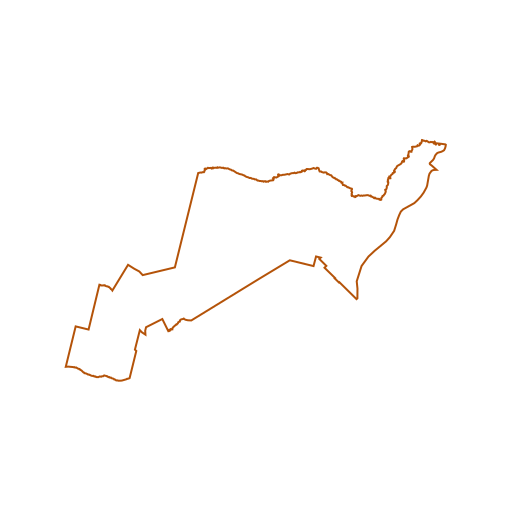 San Lorenzo, Santa Fe, Argentina, rotated 47°
{"feature_id": "61730980B18182396698532", "entity_name": "San Lorenzo", "entity_type": "district", "adm_level": 2, "iso_a3": "ARG", "parent_name": "Argentina", "parent_adm1": "Santa Fe", "projection": "orthographic", "projection_center": [-60.967, -32.936], "detail": "fine", "context": "isolated", "style": "outline", "palette": "amber", "viewbox_px": 512, "rotation_deg": 47, "n_neighbors": 0, "source": "geoboundaries", "source_scale": "gbopen_adm2", "svg_char_len": 6060}
<svg xmlns="http://www.w3.org/2000/svg" viewBox="0 0 512 512"><g transform="rotate(47 256 256)"><path d="M316.1,65.2L309.7,65.8L307.6,66.2L307.0,66.0L306.6,65.5L306.5,61.1L306.1,59.3L304.9,57.0L304.5,55.7L304.3,53.4L304.7,52.1L306.1,49.5L306.6,47.9L306.9,46.3L306.2,44.4L305.2,42.7L304.1,41.3L303.5,41.4L299.8,44.4L299.7,45.1L300.0,45.9L299.7,46.3L299.3,46.3L299.1,46.0L299.3,45.1L299.0,45.1L296.8,47.0L296.6,47.6L297.2,48.3L297.1,48.5L296.6,48.5L295.2,47.5L294.2,47.4L294.2,48.0L295.4,48.9L295.3,49.1L293.2,49.0L292.9,49.6L291.8,50.3L291.4,51.4L290.8,52.0L288.3,52.6L288.1,52.7L287.9,53.7L286.6,54.2L285.7,55.1L284.9,55.1L284.4,55.5L286.0,57.8L286.1,58.3L285.5,59.0L285.4,59.5L286.4,59.9L286.5,61.1L286.3,61.8L285.2,62.3L285.6,63.4L284.4,65.4L283.0,66.8L282.7,67.5L284.3,68.5L284.8,69.1L285.2,70.5L285.8,71.2L285.5,71.6L284.2,72.0L283.9,72.8L283.9,73.1L285.7,75.3L286.0,76.3L286.4,76.6L287.3,76.2L287.6,76.6L287.1,79.5L285.4,81.2L285.6,81.6L286.7,82.0L287.9,83.3L287.6,83.9L286.5,84.1L286.6,84.8L287.3,86.1L287.4,87.5L286.5,91.3L286.9,92.7L287.3,93.5L287.2,94.9L287.9,97.1L288.1,97.2L288.9,96.9L289.3,97.4L289.2,98.1L288.6,99.4L289.1,100.1L288.9,101.7L289.3,103.3L288.9,104.1L290.4,104.4L290.8,104.7L290.5,105.2L289.2,105.6L289.2,106.0L289.6,106.4L290.4,107.9L291.2,108.2L291.4,109.0L291.8,109.2L292.3,109.0L292.5,109.1L293.5,110.4L294.0,111.3L294.0,112.6L294.4,113.1L294.9,113.4L295.7,114.5L296.1,115.5L295.7,116.3L296.4,116.8L297.2,117.0L297.7,117.7L298.5,119.6L298.5,120.7L298.8,121.3L298.8,121.7L298.4,122.4L298.4,122.7L298.9,123.3L299.1,124.9L300.2,125.9L300.1,126.5L299.0,127.3L298.2,127.0L296.6,128.5L295.6,129.1L294.6,129.2L294.6,129.9L294.2,130.2L293.5,130.0L292.4,130.6L291.7,130.7L291.0,131.3L290.2,130.9L289.9,131.0L289.5,131.9L288.1,132.5L287.3,133.2L285.8,135.4L285.2,135.9L284.6,137.1L283.7,137.6L283.1,138.7L281.3,139.6L280.9,141.5L280.3,142.0L280.7,143.0L280.5,143.4L279.5,143.4L279.0,144.1L277.8,144.3L277.4,145.0L277.0,144.9L276.4,143.9L275.8,143.8L275.5,143.3L275.2,142.5L274.3,142.0L273.8,142.1L273.4,141.9L272.7,140.3L272.2,140.0L270.6,141.0L269.3,141.4L268.9,141.8L268.3,141.8L267.9,142.3L265.6,142.5L265.0,143.1L264.2,143.2L263.3,144.0L262.4,143.5L261.5,143.4L261.2,142.8L260.5,143.5L259.8,143.1L258.9,143.6L258.3,143.6L257.7,144.1L257.0,143.9L256.2,144.5L255.1,144.5L254.5,145.1L253.9,145.0L253.0,145.4L252.5,145.2L252.1,145.7L251.3,146.0L249.9,146.2L248.4,145.9L247.6,146.5L246.0,147.1L245.5,147.1L244.7,148.1L243.7,147.6L242.5,147.8L241.8,148.8L241.4,149.0L241.1,149.7L239.3,150.7L238.7,150.7L237.6,151.8L235.1,150.8L234.7,150.4L233.6,150.7L233.0,151.3L233.2,152.6L231.7,153.6L231.0,153.8L230.2,155.7L229.2,157.5L227.0,159.5L226.9,159.9L227.2,160.6L226.6,161.8L227.2,162.1L227.3,162.4L227.2,162.7L225.9,163.1L225.1,163.8L225.0,164.3L225.5,164.7L225.6,165.0L225.1,166.3L224.5,166.5L224.3,167.3L223.1,168.7L223.1,169.5L222.4,170.6L222.0,170.9L221.4,170.9L220.8,172.3L220.0,173.1L219.1,174.9L219.1,175.8L219.0,176.2L217.6,177.0L216.1,179.6L214.7,181.3L214.5,182.0L214.1,182.6L212.8,183.8L211.8,183.7L211.5,184.0L211.5,184.3L212.1,184.8L213.1,185.1L212.5,187.6L210.6,189.0L210.7,190.5L211.7,190.5L211.8,191.2L212.2,191.4L212.3,191.8L210.4,194.4L209.9,195.7L210.0,196.4L208.9,197.2L208.6,198.1L207.6,198.2L207.2,198.7L206.9,199.7L205.9,199.9L205.5,200.7L204.6,201.2L203.6,202.2L202.3,202.9L201.8,203.5L200.2,203.6L199.1,204.7L198.2,204.9L196.7,206.2L195.3,206.6L194.5,207.6L193.4,207.9L191.6,209.0L190.1,209.5L189.3,209.5L188.6,210.0L187.0,210.6L184.6,212.3L183.5,212.6L182.3,213.4L178.0,214.4L177.1,215.2L175.9,215.4L174.6,216.2L172.7,216.8L171.8,218.0L170.7,218.7L170.4,219.3L169.9,219.4L169.6,219.8L169.0,219.8L168.4,220.8L166.5,222.0L165.6,223.5L164.9,223.7L164.9,224.5L164.4,224.7L162.8,226.7L162.2,227.0L162.6,227.7L162.5,227.9L161.7,228.0L161.6,228.9L160.8,228.9L159.4,230.7L158.7,231.0L158.4,233.3L158.1,233.5L157.5,233.4L157.3,233.6L157.3,234.2L158.4,234.9L158.5,235.6L159.1,236.3L159.2,236.9L158.1,238.1L158.0,238.8L156.9,239.9L155.9,241.7L209.0,323.1L192.7,351.9L187.7,351.9L182.4,353.7L175.2,355.6L183.3,384.6L182.2,384.4L181.1,384.7L180.6,384.5L178.1,384.7L178.0,385.0L176.8,385.4L176.2,386.0L174.9,386.6L174.3,386.5L173.9,386.9L173.9,387.2L173.3,387.7L173.2,388.0L171.8,389.5L171.1,389.5L170.2,390.1L195.6,428.6L184.5,435.9L207.3,470.7L208.8,468.8L212.5,465.5L213.5,464.9L213.6,464.5L214.1,464.4L214.9,463.8L215.0,463.5L217.0,463.0L218.0,462.3L218.4,462.4L218.6,462.1L219.7,462.1L220.5,461.7L223.3,461.6L224.1,461.2L224.7,461.4L225.8,460.5L227.2,459.9L227.9,459.8L228.4,459.3L229.2,459.0L229.3,458.7L231.2,458.1L232.3,457.3L232.8,456.6L233.7,456.5L233.7,456.3L234.7,455.5L235.1,455.6L236.1,455.0L236.8,454.1L237.0,454.0L237.6,452.3L238.7,451.6L238.9,450.7L239.7,449.8L239.7,448.7L240.0,448.3L240.4,448.2L242.2,446.9L242.8,447.0L243.3,446.6L243.7,446.6L244.3,446.3L244.5,445.9L245.1,445.9L246.0,445.0L246.5,445.1L247.4,444.7L248.0,444.2L249.0,443.8L249.7,443.9L250.3,443.3L251.7,443.1L252.4,442.2L253.3,441.8L253.6,441.3L254.3,440.7L255.6,439.1L257.7,435.0L257.9,434.0L258.2,433.8L259.1,431.9L259.1,431.7L243.8,408.3L241.9,408.4L231.0,391.5L233.9,391.5L238.1,390.5L235.1,388.0L233.1,385.0L238.2,367.5L251.2,371.4L251.4,371.0L251.0,370.7L250.9,369.9L251.4,369.9L251.8,370.1L252.0,369.4L251.8,368.7L251.4,368.2L251.8,367.9L251.9,367.4L252.3,367.5L252.6,367.2L251.8,366.2L251.5,364.3L251.7,363.9L251.6,362.5L251.8,361.7L251.6,361.3L252.0,360.8L251.8,360.3L252.0,359.8L251.9,358.9L251.4,358.0L252.0,356.4L251.2,355.6L251.3,354.0L252.3,352.3L252.5,351.5L253.3,351.5L254.6,351.0L256.5,349.7L259.0,347.3L274.7,269.9L282.2,234.2L302.6,220.8L297.3,212.4L301.3,209.8L301.3,211.7L311.2,211.3L311.3,213.9L326.0,213.2L326.0,213.7L332.0,213.4L332.0,212.9L356.1,211.9L356.1,210.7L349.0,204.0L343.2,199.6L335.3,185.6L333.1,174.1L333.1,165.7L334.0,150.8L333.5,145.2L331.8,137.8L328.5,132.0L325.8,127.6L323.7,123.3L322.3,119.8L322.2,116.5L325.3,104.1L325.3,99.9L324.9,94.8L324.0,90.2L322.2,84.7L321.2,82.8L315.3,75.0L314.1,72.9L313.5,69.7L313.7,68.7L314.0,67.9L314.8,66.7L316.1,65.2Z" fill="none" stroke="#b45309" stroke-width="2"/></g></svg>